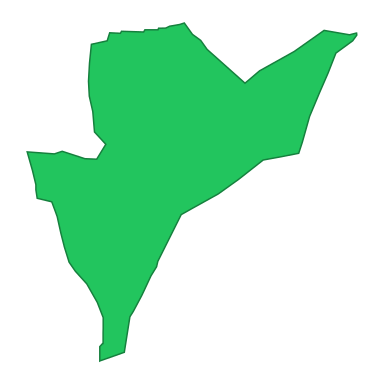 outline of Gubadag, Tashauz, Turkmenistan
{"feature_id": "10190150B74382957458545", "entity_name": "Gubadag", "entity_type": "district", "adm_level": 2, "iso_a3": "TKM", "parent_name": "Turkmenistan", "parent_adm1": "Tashauz", "projection": "orthographic", "projection_center": [57.511, 41.081], "detail": "fine", "context": "isolated", "style": "filled", "palette": "green", "viewbox_px": 384, "rotation_deg": 0, "n_neighbors": 0, "source": "geoboundaries", "source_scale": "gbopen_adm2", "svg_char_len": 1261}
<svg xmlns="http://www.w3.org/2000/svg" viewBox="0 0 384 384"><path d="M343.1,33.7L324.1,30.4L294.2,51.5L259.6,70.8L245.0,83.2L207.1,49.4L200.7,40.4L192.9,34.7L192.5,34.4L192.4,34.3L184.3,23.0L179.6,24.5L173.3,25.6L169.7,26.2L165.7,28.1L161.0,28.2L158.6,28.2L158.2,29.2L158.0,29.8L145.1,29.8L144.9,29.8L144.4,30.7L143.6,32.0L121.5,31.3L120.4,33.3L109.7,32.8L107.2,40.8L91.4,44.3L89.5,63.2L88.5,81.3L89.3,96.2L92.8,111.6L94.5,132.0L105.8,144.3L96.7,159.2L84.9,158.7L62.2,151.3L54.4,153.9L27.2,151.9L32.5,170.6L35.9,184.7L35.9,189.9L37.2,198.3L51.3,201.7L51.8,201.9L55.3,211.3L57.2,216.6L60.9,233.3L64.2,246.2L64.2,246.4L69.1,262.2L75.4,271.3L86.8,283.9L97.3,302.4L103.2,317.6L103.2,328.1L103.2,328.7L103.1,332.8L103.1,343.0L102.9,343.2L102.9,343.6L102.5,343.6L99.8,346.6L99.8,359.6L99.8,360.8L99.8,361.0L100.4,360.7L102.5,360.0L124.0,352.4L124.3,352.3L126.9,335.8L129.9,316.8L130.7,315.5L133.3,311.4L141.6,295.8L143.9,291.0L151.0,275.8L156.6,266.7L156.7,266.2L157.8,261.4L181.2,214.6L184.6,212.7L192.2,208.4L218.3,193.9L238.8,179.2L263.2,160.0L280.3,156.9L298.7,153.3L302.3,142.3L309.6,116.4L319.6,92.5L328.1,73.0L335.9,53.1L352.7,40.8L356.8,35.1L356.6,33.1L356.2,33.1L351.8,34.2L349.6,34.8L343.1,33.7Z" fill="#22c55e" stroke="#15803d" stroke-width="1.5"/></svg>